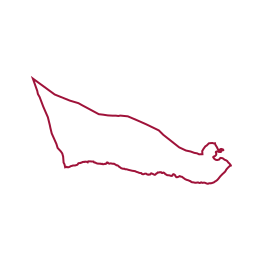 outline of East Ambae, Penama, Vanuatu, rotated 62°
{"feature_id": "77236927B82748520253825", "entity_name": "East Ambae", "entity_type": "district", "adm_level": 2, "iso_a3": "VUT", "parent_name": "Vanuatu", "parent_adm1": "Penama", "projection": "mercator", "projection_center": [167.967, -15.324], "detail": "fine", "context": "isolated", "style": "outline", "palette": "rose", "viewbox_px": 256, "rotation_deg": 62, "n_neighbors": 0, "source": "geoboundaries", "source_scale": "gbopen_adm2", "svg_char_len": 5760}
<svg xmlns="http://www.w3.org/2000/svg" viewBox="0 0 256 256"><g transform="rotate(62 128 128)"><path d="M133.1,201.9L133.1,201.5L133.4,201.3L133.6,201.0L133.6,200.7L133.5,200.4L133.8,200.1L134.1,200.0L134.3,199.8L134.6,199.3L134.8,198.5L134.8,198.2L134.9,197.3L134.8,196.9L134.8,196.7L134.9,196.1L135.2,194.9L135.2,194.5L135.6,193.5L136.0,192.8L136.3,192.1L136.4,191.5L136.4,191.2L136.6,190.7L136.6,190.2L136.6,189.8L136.4,189.3L135.9,188.5L135.9,188.2L136.0,187.8L136.1,187.6L136.3,187.1L136.5,186.7L136.6,186.4L136.5,186.2L136.6,185.8L136.6,185.5L136.8,185.1L136.8,184.7L136.7,184.5L136.7,184.1L137.0,183.5L137.0,183.2L137.2,182.8L137.4,182.6L137.6,182.2L137.5,181.8L137.7,181.4L137.9,181.2L138.1,180.8L138.5,180.3L139.4,179.7L139.1,179.3L138.9,179.0L138.8,178.9L138.8,178.7L139.0,178.4L139.2,178.0L139.4,177.7L139.5,177.4L140.1,176.4L140.7,175.6L141.0,175.0L141.4,174.2L141.6,174.2L141.9,174.2L142.2,174.2L142.7,173.9L142.9,173.6L143.0,173.3L143.3,173.0L143.6,172.8L143.9,172.7L144.2,172.5L145.1,171.6L145.5,170.9L145.9,170.4L146.1,169.9L146.4,169.5L146.6,169.0L146.9,168.8L147.2,168.6L147.3,168.2L147.4,167.7L148.0,167.4L148.2,167.1L148.5,166.6L148.8,165.2L149.0,165.0L149.3,164.4L149.0,163.9L148.8,163.3L149.1,162.9L148.7,162.5L149.0,162.1L150.0,161.8L150.6,161.4L150.8,161.1L150.9,160.3L151.3,159.6L151.7,159.2L151.9,158.9L152.3,158.4L152.7,157.9L152.7,157.6L152.9,157.2L153.2,157.0L153.7,156.7L155.0,155.9L155.5,155.7L155.8,155.3L156.0,154.9L156.6,154.5L157.3,154.2L157.9,154.1L159.1,153.4L159.6,153.2L160.4,152.8L160.8,152.4L161.6,151.6L161.8,151.4L162.0,150.7L162.3,150.3L162.9,150.0L163.3,149.5L163.4,149.4L163.8,148.6L164.3,148.1L164.9,147.5L165.3,147.1L166.0,146.3L167.6,144.5L168.0,144.0L168.4,143.4L169.0,142.7L169.2,142.3L169.5,142.0L169.8,141.7L170.5,141.3L171.2,140.6L171.6,140.2L171.9,139.9L172.6,139.4L173.3,138.6L173.6,138.3L173.8,137.9L173.9,137.6L174.0,137.5L174.4,137.3L174.9,137.3L175.2,137.2L175.7,136.7L175.9,136.4L176.1,135.9L176.2,135.2L176.2,134.8L176.3,134.5L176.5,134.1L176.7,133.7L177.0,133.3L177.1,133.2L177.8,133.0L178.1,132.8L178.6,132.2L178.8,132.0L178.9,131.7L178.8,131.4L178.9,131.2L179.3,130.8L179.4,130.6L179.4,130.2L179.2,129.6L179.0,129.4L178.9,128.8L179.1,128.6L180.3,127.6L181.2,127.0L181.5,126.7L181.8,126.5L182.0,126.0L182.0,125.8L181.9,125.4L181.8,125.1L181.6,124.7L181.5,124.4L181.6,123.7L181.4,123.3L181.2,122.7L181.4,122.3L181.8,121.8L181.8,121.1L181.9,120.9L182.1,120.6L182.2,120.2L182.3,120.0L182.5,119.6L182.9,119.4L183.2,119.5L183.6,119.2L183.9,118.8L184.0,118.4L183.9,118.2L184.0,117.6L184.2,117.4L185.1,116.9L185.8,116.8L186.3,116.7L186.6,116.5L187.1,116.0L187.6,115.8L188.0,115.6L188.2,115.3L188.6,114.7L188.8,114.4L189.0,114.0L189.6,113.3L189.9,113.1L190.2,112.8L190.8,112.0L190.9,111.5L190.9,111.2L190.7,110.9L190.3,110.6L190.2,110.3L190.1,110.1L190.1,109.6L190.2,109.4L190.6,109.1L190.9,109.0L191.5,108.7L192.0,108.5L192.8,108.7L193.6,108.5L194.1,108.4L194.4,108.0L194.6,107.4L194.6,107.2L194.7,106.8L194.8,106.1L194.7,105.4L194.7,105.0L195.0,104.7L195.7,104.2L196.5,103.2L197.2,102.9L198.4,102.4L198.8,102.1L199.6,101.8L200.4,101.3L200.6,101.1L201.6,100.3L202.1,99.7L202.4,99.4L203.0,98.9L203.3,98.7L203.9,98.3L204.1,97.9L204.4,97.7L205.3,97.5L205.8,97.1L206.2,96.5L206.5,96.2L206.6,95.9L207.0,95.4L207.4,95.0L208.0,94.2L208.2,93.8L208.4,93.3L208.5,92.9L208.9,92.0L208.9,91.8L209.1,91.6L209.7,91.1L210.0,90.8L210.2,90.5L210.4,89.8L210.4,89.5L210.3,89.1L210.5,88.8L210.6,88.6L210.8,88.5L211.0,88.4L211.3,88.2L211.4,87.9L211.6,87.4L211.7,87.1L211.9,86.7L212.0,86.4L212.3,86.0L212.9,85.4L213.2,85.2L213.8,84.7L214.1,84.4L214.4,84.1L214.6,83.8L214.8,83.5L214.8,82.8L214.9,82.5L215.0,82.3L215.2,81.6L215.3,81.4L215.5,81.3L215.6,81.0L215.8,80.5L215.9,80.2L216.0,80.0L216.0,79.7L216.0,79.4L216.2,78.9L216.2,78.3L216.3,77.7L216.3,77.2L216.1,76.6L216.1,76.0L216.1,75.5L216.0,74.7L215.9,74.1L215.9,73.8L215.6,73.0L215.4,72.4L215.2,71.9L214.8,71.0L214.5,70.3L214.1,69.4L213.9,68.9L213.5,67.6L213.0,66.1L212.8,65.2L212.6,64.3L212.4,63.9L212.3,63.4L212.2,62.9L211.9,62.3L211.6,61.9L211.4,61.5L210.9,60.8L210.2,59.0L209.9,58.1L209.3,55.9L209.3,55.7L209.4,55.1L209.5,54.9L209.3,54.7L209.2,54.7L208.9,54.8L208.4,55.0L208.1,55.0L207.8,55.0L207.5,55.0L206.7,55.2L205.8,55.6L205.3,55.7L203.8,55.9L202.4,56.7L201.4,57.6L200.3,58.1L200.0,58.2L199.7,58.4L199.4,58.5L199.0,58.8L198.2,59.8L197.8,60.5L198.6,62.3L198.5,62.9L198.4,63.0L198.3,63.8L198.1,64.4L197.7,64.9L197.3,65.4L196.3,66.0L195.5,66.3L193.9,66.5L193.6,66.3L193.5,65.8L193.5,65.5L193.6,64.6L193.6,64.3L193.5,63.9L193.1,62.8L192.9,62.6L192.5,62.3L192.0,62.1L191.5,62.0L191.1,61.9L190.8,61.9L190.5,61.7L190.3,61.4L190.3,60.9L190.5,60.4L190.7,60.0L190.9,59.8L191.3,59.4L191.7,58.8L191.9,58.8L192.0,58.6L192.5,57.8L192.6,57.6L192.7,57.2L192.3,56.9L192.2,56.7L192.1,56.4L192.0,56.1L191.9,55.7L192.2,54.8L192.3,54.5L192.2,54.2L191.6,54.2L191.3,54.4L191.2,54.5L190.2,55.6L190.1,56.0L190.1,56.3L190.1,56.6L190.3,56.8L190.3,57.1L190.3,57.3L190.3,57.5L190.2,57.7L190.1,58.1L189.8,58.4L189.7,58.5L189.1,58.6L188.2,58.6L187.8,58.6L187.3,58.5L186.5,58.5L185.7,58.6L185.1,58.6L184.1,58.7L183.2,58.6L182.8,58.6L182.3,58.4L181.9,59.5L180.9,60.5L180.3,61.7L179.5,63.8L180.4,66.7L180.5,68.3L181.8,71.0L183.2,73.3L186.1,74.6L184.6,77.6L182.8,78.9L181.1,81.1L178.1,83.8L175.1,87.4L169.1,91.9L150.7,100.0L144.6,101.9L133.4,110.1L126.0,115.9L117.6,122.7L113.4,129.0L112.9,130.8L111.5,132.8L109.7,136.1L107.4,139.9L104.5,143.8L102.1,147.3L97.9,150.1L91.6,154.3L86.4,157.8L82.8,160.1L76.5,166.5L64.0,177.0L57.2,180.3L39.7,188.8L52.6,190.7L55.7,191.6L59.2,191.5L69.4,192.8L75.7,193.3L80.9,193.7L88.8,195.7L91.5,196.5L97.0,197.9L108.5,198.7L112.6,199.5L117.1,198.3L119.6,198.0L122.8,198.7L128.3,201.1L130.2,201.1L133.1,201.9Z" fill="none" stroke="#9f1239" stroke-width="2"/></g></svg>